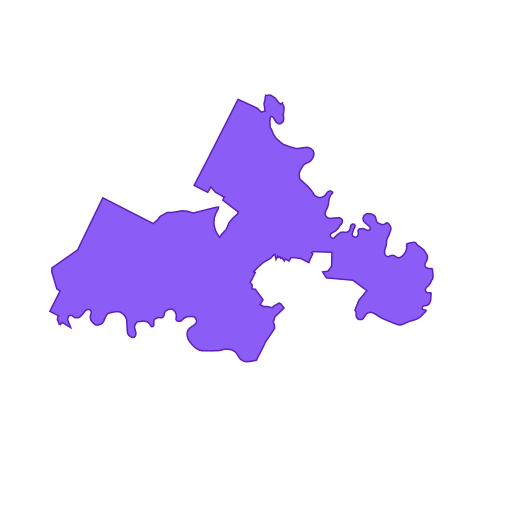 the district of Berri Barmera, South Australia, Australia, rotated 297°
{"feature_id": "25037944B16571921668942", "entity_name": "Berri Barmera", "entity_type": "district", "adm_level": 2, "iso_a3": "AUS", "parent_name": "Australia", "parent_adm1": "South Australia", "projection": "mercator", "projection_center": [140.504, -34.288], "detail": "fine", "context": "isolated", "style": "filled", "palette": "violet", "viewbox_px": 512, "rotation_deg": 297, "n_neighbors": 0, "source": "geoboundaries", "source_scale": "gbopen_adm2", "svg_char_len": 6163}
<svg xmlns="http://www.w3.org/2000/svg" viewBox="0 0 512 512"><g transform="rotate(297 256 256)"><path d="M108.1,123.4L113.4,117.4L114.7,116.7L116.2,116.4L117.4,116.5L118.3,116.8L119.3,118.6L119.4,119.3L118.8,122.0L118.9,122.9L119.9,124.9L120.8,126.1L122.1,126.9L124.1,127.6L130.1,128.9L131.6,130.0L132.5,131.3L132.6,132.8L132.1,134.0L131.0,134.9L127.1,135.7L125.4,136.6L123.9,138.0L123.1,139.3L121.9,142.9L121.8,144.3L122.1,145.4L123.2,147.1L125.1,149.0L126.6,149.7L128.9,149.9L133.1,149.6L135.9,149.7L137.5,150.2L139.0,151.6L141.9,155.2L143.8,158.2L144.3,160.6L144.1,163.7L142.9,166.8L140.5,169.7L129.7,176.0L128.6,177.0L127.7,178.4L127.3,179.5L127.2,182.1L127.5,183.4L128.3,184.4L129.8,184.8L131.2,184.7L132.9,184.0L137.2,180.2L138.9,179.6L140.7,179.5L142.8,179.8L143.9,180.6L147.3,186.1L147.9,189.3L147.5,191.1L147.0,192.5L145.8,194.3L145.7,195.2L146.4,196.2L147.5,196.5L148.6,196.1L151.8,194.4L153.1,194.3L155.0,195.2L157.2,197.4L157.7,199.1L158.3,200.3L159.6,201.0L161.2,201.0L164.5,200.3L166.0,200.5L168.2,201.9L169.6,203.6L170.5,205.0L170.5,206.5L170.2,208.1L169.0,210.0L167.2,211.9L163.1,213.5L162.4,214.7L162.5,216.4L163.3,217.8L164.2,218.8L168.3,220.3L169.8,221.4L171.2,223.1L173.2,226.8L173.6,228.5L173.3,229.9L172.3,231.5L171.0,232.7L169.6,233.0L168.3,232.9L166.1,232.1L162.6,230.1L160.0,229.2L158.3,229.1L156.7,229.4L155.0,230.1L153.1,231.4L150.9,233.5L149.2,236.6L147.8,239.8L146.8,243.2L146.6,244.3L146.4,248.0L147.0,250.7L151.4,259.6L154.7,265.6L156.3,267.7L158.4,269.9L159.3,271.2L161.0,275.6L161.3,277.2L161.2,280.5L160.7,282.4L157.2,288.4L156.8,289.8L156.8,292.6L157.3,295.2L159.3,298.5L163.2,303.6L178.4,303.7L183.6,303.5L199.8,305.5L202.6,304.0L204.8,301.6L210.2,300.4L222.3,304.6L224.6,300.0L224.6,297.9L219.3,294.5L217.6,294.2L217.3,293.8L215.9,288.4L214.5,286.0L214.5,281.8L220.2,282.1L226.1,270.4L224.8,267.4L228.6,265.7L229.6,263.0L241.0,262.9L240.8,261.1L246.1,262.5L253.4,265.4L260.9,270.2L264.1,270.9L266.0,272.0L262.1,275.4L265.7,275.4L264.9,276.8L266.1,277.5L265.1,279.3L266.3,280.0L264.4,283.4L266.6,283.5L266.6,287.8L270.3,287.8L272.0,291.0L274.1,297.1L274.1,306.1L277.2,305.7L283.7,305.6L284.2,304.0L285.9,305.0L293.8,322.0L281.2,328.0L275.0,326.9L272.1,322.6L268.5,328.7L278.4,353.3L275.5,370.5L263.2,367.7L252.5,368.8L251.9,370.1L250.7,371.1L247.9,372.5L246.8,373.8L246.1,375.6L246.4,377.2L247.4,379.0L248.8,379.9L255.1,380.8L256.8,382.2L258.0,384.1L258.5,386.7L257.7,396.8L258.7,409.6L259.2,413.4L259.9,415.7L261.3,417.4L267.7,422.6L269.4,424.6L272.4,427.6L275.1,429.4L278.0,430.7L283.4,432.3L284.6,432.4L284.9,432.0L284.4,430.4L284.1,428.6L284.5,428.0L285.7,427.6L286.9,427.5L287.6,428.0L289.5,430.6L291.4,431.9L293.3,432.1L295.6,431.8L302.0,429.1L302.5,428.7L302.5,428.3L301.3,425.9L301.1,424.7L301.4,423.5L302.1,422.7L302.8,422.3L304.2,422.0L305.3,422.0L307.7,423.1L310.8,423.7L314.1,423.5L315.8,423.8L316.7,423.6L318.4,423.0L324.3,419.2L324.6,418.7L324.5,418.0L323.9,417.0L323.2,415.3L323.0,412.8L323.3,411.9L324.1,410.9L325.2,410.4L326.3,410.1L330.2,410.2L332.2,409.6L333.6,408.9L334.9,407.5L337.7,402.5L339.3,393.9L340.2,392.6L340.3,391.9L340.0,390.6L337.9,387.7L336.1,385.5L335.2,384.9L334.6,385.0L331.4,386.7L329.7,387.1L327.9,387.4L325.9,387.2L322.9,386.6L320.3,385.2L319.1,383.8L318.7,382.6L319.0,380.3L319.0,378.6L318.4,377.0L317.2,375.5L315.9,374.7L315.3,373.5L315.0,372.1L315.6,370.7L316.9,369.3L319.7,368.0L324.4,367.3L329.0,365.4L331.1,365.0L335.0,365.0L340.5,364.2L341.6,363.8L342.7,363.1L343.9,361.5L345.1,359.1L345.1,357.8L344.9,357.3L342.7,356.1L341.8,355.2L341.1,353.4L340.8,350.4L341.0,348.6L342.0,347.3L343.8,345.8L345.4,344.2L345.8,342.8L345.9,340.4L345.3,338.1L344.4,336.0L343.4,335.1L341.6,334.1L340.4,333.9L338.2,334.2L337.1,334.9L336.0,335.9L335.2,337.9L334.0,343.1L333.4,344.7L332.1,345.5L330.9,345.3L330.3,345.0L329.7,344.4L329.4,343.4L329.3,340.2L328.8,338.6L327.0,335.7L326.3,335.3L324.8,335.4L321.7,337.4L320.8,337.5L319.5,337.3L318.5,336.8L317.9,336.2L317.6,335.0L317.5,333.7L318.1,332.4L319.1,331.9L320.3,331.5L324.2,330.9L326.2,331.0L327.9,330.6L328.5,330.1L328.8,329.4L328.8,328.6L328.4,327.7L327.7,327.0L326.7,326.7L325.4,326.7L324.0,327.3L321.8,327.6L320.5,327.5L319.2,326.8L318.5,326.1L317.6,324.9L317.0,323.0L315.6,320.8L312.3,319.0L309.1,317.8L307.5,317.5L307.0,316.9L306.5,316.0L306.7,314.5L307.1,313.6L307.9,312.9L309.1,312.5L310.3,312.8L314.6,315.6L318.2,316.7L321.8,317.0L323.9,317.7L325.9,317.4L327.4,316.4L328.0,314.9L328.0,313.0L326.2,309.8L323.2,305.1L322.5,302.5L323.4,299.8L324.8,298.5L326.8,297.8L331.6,297.7L334.7,297.1L339.2,295.5L342.0,294.9L344.4,294.9L346.2,295.3L346.8,295.7L347.4,295.4L347.8,294.7L347.8,292.9L346.9,291.6L345.3,290.7L341.8,290.2L339.8,289.3L338.2,288.0L337.0,286.4L336.3,283.8L336.6,280.8L339.3,276.0L341.5,270.9L344.3,260.6L345.0,259.5L349.0,257.1L350.3,256.8L352.1,256.6L357.8,256.9L360.1,257.7L364.4,261.0L366.7,261.8L370.0,262.1L372.5,261.6L374.1,260.8L375.7,259.2L376.6,256.3L376.4,253.0L374.7,250.0L370.6,244.2L369.7,242.1L368.5,235.3L367.9,229.8L368.5,226.0L370.3,219.6L372.3,216.5L376.0,212.1L377.1,210.3L379.2,208.9L384.0,206.5L386.3,205.9L387.2,206.0L387.6,206.6L387.4,207.7L387.0,209.0L385.1,211.8L384.4,213.3L384.1,214.6L384.1,216.0L384.6,217.3L385.7,218.2L387.2,218.9L388.2,219.1L390.6,218.5L394.6,216.1L397.5,215.1L401.5,213.3L403.5,210.7L404.4,210.0L402.4,208.9L402.6,208.5L403.0,206.4L405.3,201.8L406.0,195.9L405.4,194.7L403.7,192.4L403.7,191.7L402.7,191.8L399.5,193.0L395.3,194.0L389.9,197.8L389.4,198.4L386.6,195.4L388.3,189.9L387.4,168.9L317.4,169.0L290.8,168.8L290.8,184.1L297.1,184.4L294.5,190.4L293.9,200.8L294.1,201.0L290.7,201.0L287.1,220.4L284.5,220.2L279.0,218.2L273.7,216.9L265.8,217.4L263.2,216.5L260.3,215.8L259.6,215.4L258.1,215.5L256.2,215.1L258.4,211.0L260.1,208.7L262.2,206.5L265.5,204.0L267.2,203.1L270.9,201.6L275.1,200.9L280.7,200.9L282.6,200.4L281.1,198.1L265.8,180.5L264.6,174.0L262.5,169.2L257.2,162.3L254.4,157.1L247.9,152.7L244.0,152.0L238.2,149.7L238.3,93.1L180.4,94.3L152.7,79.6L149.3,81.1L136.3,93.4L136.2,94.0L135.9,97.3L113.1,97.4L113.1,107.2L111.6,107.1L110.8,107.5L109.2,107.8L106.4,111.3L106.0,111.3L106.0,112.9L108.8,113.2L108.1,123.4Z" fill="#8b5cf6" stroke="#5b21b6" stroke-width="1.5"/></g></svg>